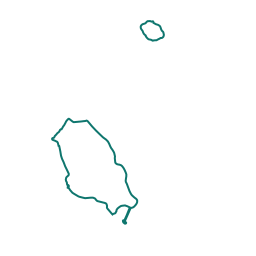 Ly Son, Vietnam, rotated 56°
{"feature_id": "81297802B63810165613250", "entity_name": "Ly Son", "entity_type": "district", "adm_level": 2, "iso_a3": "VNM", "parent_name": "Vietnam", "parent_adm1": "", "projection": "natural_earth1", "projection_center": [109.112, 15.401], "detail": "fine", "context": "isolated", "style": "outline", "palette": "teal", "viewbox_px": 256, "rotation_deg": 56, "n_neighbors": 0, "source": "geoboundaries", "source_scale": "gbopen_adm2", "svg_char_len": 3231}
<svg xmlns="http://www.w3.org/2000/svg" viewBox="0 0 256 256"><g transform="rotate(56 128 128)"><path d="M133.5,153.0L130.4,152.4L127.9,152.2L125.2,152.7L123.1,153.5L121.6,154.0L117.4,154.9L112.1,156.0L106.6,156.9L99.9,157.6L99.0,158.0L98.7,158.2L98.5,158.9L98.4,159.3L98.1,159.9L97.6,160.8L96.4,163.2L93.1,169.2L92.7,169.8L92.3,170.0L91.8,170.3L88.0,171.5L87.5,171.7L87.2,172.0L87.1,172.3L87.3,173.3L87.6,174.7L88.1,175.9L88.7,176.9L90.1,179.6L90.4,180.8L91.0,181.9L91.9,183.8L91.8,184.1L91.5,184.4L91.6,185.4L92.0,186.1L92.5,187.0L92.7,187.8L92.8,189.6L93.3,191.0L93.6,192.5L93.7,193.1L94.2,193.8L94.6,194.8L94.6,195.0L94.3,195.9L94.2,196.3L94.3,196.7L94.7,197.1L95.3,197.2L95.8,197.0L96.5,196.5L97.3,195.9L98.9,195.0L99.7,194.5L100.3,194.4L101.2,194.5L102.0,194.8L103.9,195.5L104.0,195.3L104.3,195.1L104.5,195.1L109.6,197.2L113.5,199.0L116.6,199.9L120.4,200.5L124.6,201.5L126.1,201.7L129.0,202.1L131.6,202.5L132.8,202.7L133.5,203.2L134.0,203.8L134.1,204.7L134.3,206.2L134.7,207.1L136.1,208.5L137.4,209.0L138.7,209.1L139.5,209.4L140.1,209.8L141.0,210.1L141.5,210.1L141.5,209.7L141.8,209.5L142.4,209.4L143.0,209.5L143.3,209.8L143.2,210.2L143.1,210.7L143.2,211.0L143.8,211.4L144.1,211.2L144.8,210.7L145.2,210.6L145.8,210.7L147.2,210.7L150.6,210.3L152.9,209.3L156.9,207.4L157.8,206.8L160.6,204.3L162.2,202.8L164.9,197.9L165.8,196.5L166.3,195.9L167.0,195.4L168.0,194.8L168.6,194.7L169.2,194.7L169.7,194.7L171.1,194.4L171.5,194.2L175.3,190.8L176.0,190.2L176.7,189.5L177.9,188.6L178.7,188.4L179.3,188.4L180.8,188.9L182.1,189.9L182.7,190.1L183.4,190.1L187.7,189.6L188.8,189.5L191.0,189.2L190.9,188.6L191.0,188.2L191.5,186.4L191.5,186.1L190.4,184.0L190.1,183.8L189.7,183.5L189.4,183.0L189.1,182.2L188.9,181.7L188.7,179.5L188.7,178.0L188.8,177.3L189.2,176.3L190.5,173.8L192.5,172.3L194.4,171.2L194.9,170.9L199.6,177.8L202.6,182.7L202.4,183.0L202.0,183.3L201.9,183.6L202.0,183.9L202.1,184.1L202.9,184.5L203.8,184.6L205.3,184.2L205.7,183.9L205.8,183.5L205.9,183.0L205.7,182.7L205.4,182.5L204.7,182.6L203.9,182.7L203.4,182.6L195.7,170.4L196.2,169.7L196.6,168.4L196.6,166.8L195.9,164.1L195.2,162.7L194.6,161.9L194.1,161.5L193.0,160.8L191.4,160.8L190.0,161.3L188.7,161.7L187.5,162.0L185.7,162.4L184.1,162.4L181.0,162.0L177.3,161.1L173.7,160.2L171.4,159.9L170.3,159.3L168.8,158.0L167.1,156.4L165.5,155.3L163.7,154.8L161.0,154.3L159.1,154.1L157.9,154.1L156.4,154.2L155.2,154.5L153.7,155.5L152.9,156.4L151.9,157.3L150.4,157.9L149.4,157.8L147.9,157.0L145.6,155.8L144.3,154.7L142.5,154.0L140.9,153.4L139.5,153.2L137.0,153.1L135.3,153.2L133.5,153.0ZM65.0,45.4L62.5,44.7L61.4,44.6L60.4,44.9L59.3,45.4L57.6,46.8L56.8,47.2L55.0,48.1L54.4,47.7L53.7,47.6L53.3,48.0L53.1,48.6L53.0,49.0L51.7,49.9L50.4,52.1L50.4,52.8L50.5,53.3L50.8,54.4L50.9,55.0L50.8,55.6L50.1,58.0L50.2,58.8L50.3,59.5L50.5,60.0L50.9,60.6L51.4,61.0L52.1,61.4L52.9,61.7L54.7,61.7L55.3,61.6L56.1,61.7L57.1,62.0L58.7,62.2L59.9,62.0L61.2,61.6L61.6,61.7L62.0,62.0L64.2,61.8L65.5,61.5L66.1,61.2L67.5,59.8L68.4,59.1L69.2,58.9L69.5,58.5L69.7,58.0L69.8,57.5L70.5,56.4L71.0,55.6L71.2,55.2L71.3,53.9L71.4,53.1L71.6,51.8L71.6,50.7L72.0,50.1L72.3,49.5L72.3,48.6L72.1,47.7L71.5,46.8L70.7,46.1L68.4,45.2L67.5,45.2L66.9,45.4L66.3,45.5L65.0,45.4Z" fill="none" stroke="#0f766e" stroke-width="2"/></g></svg>